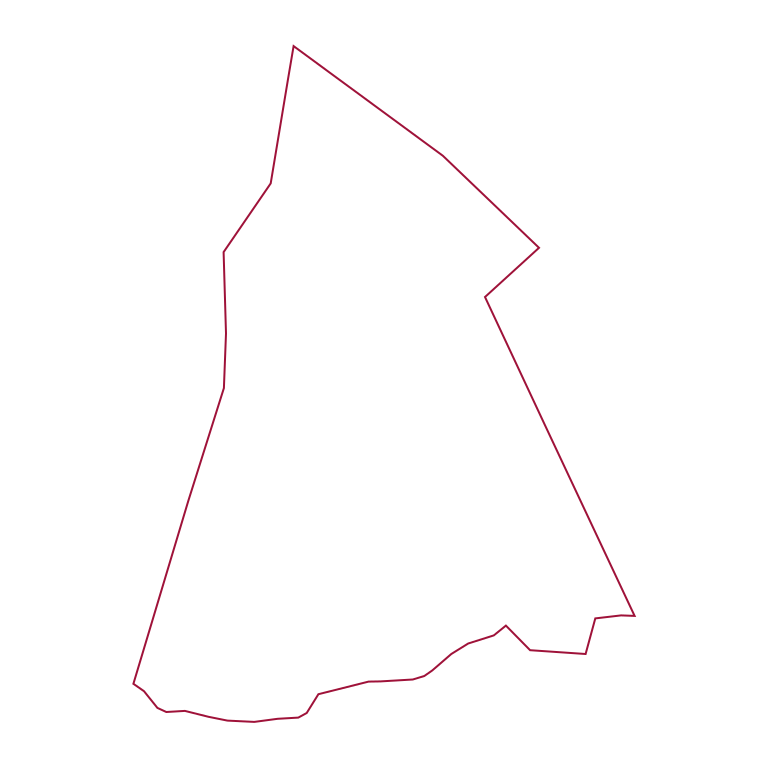 Patu, Rio Grande do Norte, Brazil (orthographic projection)
{"feature_id": "56859067B11230270721601", "entity_name": "Patu", "entity_type": "district", "adm_level": 2, "iso_a3": "BRA", "parent_name": "Brazil", "parent_adm1": "Rio Grande do Norte", "projection": "orthographic", "projection_center": [-37.626, -6.066], "detail": "fine", "context": "isolated", "style": "outline", "palette": "rose", "viewbox_px": 768, "rotation_deg": 0, "n_neighbors": 0, "source": "geoboundaries", "source_scale": "gbopen_adm2", "svg_char_len": 581}
<svg xmlns="http://www.w3.org/2000/svg" viewBox="0 0 768 768"><path d="M133.4,683.8L144.0,691.2L157.4,707.9L166.3,712.0L184.9,710.9L208.5,716.8L227.4,720.6L254.3,721.9L277.6,718.8L298.3,717.6L306.7,713.0L318.4,694.2L368.6,681.6L380.5,681.4L412.8,679.5L424.3,676.0L432.2,670.5L451.3,654.0L468.2,643.5L493.8,635.4L505.9,625.6L530.1,650.2L585.6,654.0L595.3,618.4L621.1,615.4L634.6,615.9L544.7,424.6L485.0,297.0L539.0,247.8L442.9,155.8L293.6,46.1L288.1,78.6L270.7,183.4L223.6,252.1L226.0,333.5L223.9,388.1L188.3,500.9L133.4,683.8Z" fill="none" stroke="#9f1239" stroke-width="2"/></svg>